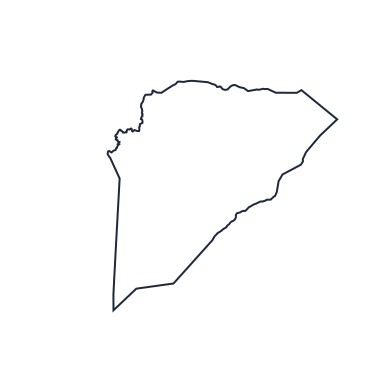 the district of Nuevo Zoquiápam, Oaxaca, Mexico, rotated 28°
{"feature_id": "50627088B31400461246224", "entity_name": "Nuevo Zoquiápam", "entity_type": "district", "adm_level": 2, "iso_a3": "MEX", "parent_name": "Mexico", "parent_adm1": "Oaxaca", "projection": "mercator", "projection_center": [-96.664, 17.249], "detail": "fine", "context": "isolated", "style": "outline", "palette": "slate", "viewbox_px": 384, "rotation_deg": 28, "n_neighbors": 0, "source": "geoboundaries", "source_scale": "gbopen_adm2", "svg_char_len": 2757}
<svg xmlns="http://www.w3.org/2000/svg" viewBox="0 0 384 384"><g transform="rotate(28 192 192)"><path d="M103.8,200.3L121.8,214.1L154.0,283.6L154.4,284.4L163.7,304.4L170.8,319.5L178.2,333.3L188.2,303.5L204.9,291.4L218.6,281.5L232.1,227.1L232.6,225.4L232.7,222.9L232.7,220.9L234.0,216.1L236.1,212.6L236.5,211.3L237.2,209.7L238.3,208.1L238.9,206.7L238.9,205.5L239.3,204.2L239.7,203.5L240.0,202.6L240.3,200.4L241.0,199.3L242.1,197.9L242.8,195.9L242.7,194.4L242.5,193.4L241.5,191.7L241.7,189.7L242.1,189.2L243.1,188.3L244.1,187.4L244.8,186.0L246.3,184.5L247.8,183.8L248.0,183.3L248.4,182.5L249.4,178.6L250.3,177.5L252.2,174.3L253.0,173.3L254.3,171.9L255.4,170.3L256.9,168.3L258.8,167.3L259.4,166.6L260.5,165.5L261.8,163.6L263.6,162.7L265.2,161.6L265.6,160.1L266.4,157.7L267.2,156.6L267.1,155.1L266.8,152.0L263.4,141.8L263.7,134.0L275.3,116.8L275.6,112.9L274.4,111.0L274.0,103.2L278.6,82.0L286.1,59.7L240.8,50.7L238.0,55.2L219.4,65.0L210.3,65.5L207.9,67.0L206.5,67.4L203.1,70.3L201.2,71.0L194.1,76.6L189.2,75.9L184.8,77.1L180.3,77.3L179.2,77.6L177.8,78.7L177.3,79.4L176.8,80.2L176.3,81.1L175.5,83.9L175.3,84.7L174.7,85.2L173.8,85.9L172.8,86.5L171.3,86.7L170.4,86.7L169.4,86.2L168.5,85.9L167.7,85.6L166.8,85.8L166.3,86.6L164.8,87.5L164.0,87.1L163.3,86.7L161.9,86.6L161.0,86.6L159.6,87.1L155.3,87.5L154.0,87.8L141.4,93.1L138.8,94.4L135.2,96.8L133.2,98.6L128.5,100.7L127.6,101.4L126.7,104.7L125.1,106.7L124.1,108.6L122.9,110.6L118.4,118.8L114.2,120.7L109.9,120.6L109.7,121.7L110.6,122.8L110.0,125.3L105.3,128.0L105.1,131.4L105.9,133.3L106.2,136.0L105.9,137.2L106.0,138.5L106.5,139.2L106.7,140.3L107.8,141.5L108.6,142.0L110.1,143.8L110.3,145.0L110.8,145.8L111.8,146.4L111.8,147.3L112.6,148.0L112.3,148.8L112.3,150.4L112.7,151.6L113.7,151.4L114.9,152.5L115.8,154.2L115.1,155.3L114.2,156.3L114.5,157.6L115.1,158.3L115.0,159.7L116.3,161.7L116.6,163.1L115.2,163.8L112.8,164.2L112.0,164.4L111.7,165.4L111.5,166.1L111.1,166.5L110.5,166.3L109.9,165.6L109.2,164.8L108.6,164.5L108.2,164.8L108.0,165.4L107.6,166.1L107.0,166.2L106.5,166.5L105.8,166.9L105.6,167.2L105.7,169.0L106.1,169.6L106.1,170.1L105.2,170.4L104.6,171.2L103.8,171.6L102.9,171.9L102.6,171.4L102.0,171.1L100.8,171.3L100.0,170.8L99.2,170.8L98.8,171.2L98.6,172.2L98.5,174.1L98.5,175.2L98.7,175.7L98.1,177.0L97.9,177.9L98.2,178.9L99.3,178.9L100.1,179.1L100.0,179.8L99.7,180.5L99.9,181.2L100.0,181.3L100.4,181.5L100.8,181.5L101.5,181.3L102.0,181.2L102.7,182.2L104.5,182.0L104.1,184.4L105.2,184.2L104.8,185.3L104.6,186.7L105.0,188.3L104.5,189.0L104.8,190.9L104.1,191.5L103.6,192.0L103.4,192.3L103.1,192.8L102.6,194.3L102.3,194.9L101.3,194.9L100.8,194.7L99.7,194.7L99.2,195.1L98.9,195.7L99.0,196.4L99.6,197.9L100.3,198.5L101.1,199.0L101.9,199.5L103.8,200.3Z" fill="none" stroke="#1e293b" stroke-width="2"/></g></svg>